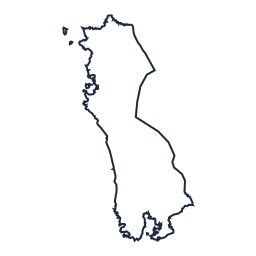 Zambales, Zambales, Philippines
{"feature_id": "2640588B17055181338626", "entity_name": "Zambales", "entity_type": "district", "adm_level": 2, "iso_a3": "PHL", "parent_name": "Philippines", "parent_adm1": "Zambales", "projection": "mercator", "projection_center": [120.051, 15.306], "detail": "fine", "context": "isolated", "style": "outline", "palette": "slate", "viewbox_px": 256, "rotation_deg": 0, "n_neighbors": 0, "source": "geoboundaries", "source_scale": "gbopen_adm2", "svg_char_len": 5736}
<svg xmlns="http://www.w3.org/2000/svg" viewBox="0 0 256 256"><path d="M192.4,204.4L192.6,203.0L189.8,196.6L187.6,196.3L187.1,195.5L187.7,194.9L185.3,193.6L185.4,192.7L184.5,191.9L185.0,180.6L182.0,174.1L174.0,167.4L172.3,162.1L174.5,155.7L168.5,142.2L158.2,131.4L135.8,117.1L137.2,101.9L140.4,86.5L146.9,74.6L154.7,70.3L144.8,52.5L143.3,50.9L139.8,44.9L138.2,42.9L134.7,36.2L133.6,32.4L133.0,26.9L132.4,25.4L131.0,24.7L128.4,24.9L127.6,24.3L126.5,24.9L125.8,24.3L124.3,25.5L123.7,25.2L123.6,24.2L121.4,24.2L121.6,23.5L120.7,23.0L119.0,23.0L118.8,23.6L118.1,21.9L117.1,21.7L116.9,22.4L116.3,21.6L115.8,21.5L115.8,20.3L114.8,20.5L113.9,19.2L113.1,19.7L113.5,18.4L111.9,17.2L111.8,15.7L111.2,15.4L108.3,15.6L107.6,16.1L107.4,18.3L105.6,19.6L105.4,20.8L106.7,21.2L107.0,21.9L105.1,22.0L105.1,22.9L104.2,23.1L104.9,24.6L104.8,25.4L103.8,26.3L102.2,26.4L100.7,28.6L99.0,29.1L97.3,28.3L96.2,28.9L95.3,28.0L94.4,28.9L93.2,29.2L92.2,27.6L90.2,28.7L90.1,27.2L89.7,26.9L88.2,28.4L87.1,28.2L85.7,28.7L82.4,27.8L83.6,29.6L85.1,35.8L86.1,36.2L86.4,38.0L87.2,38.2L86.8,38.5L86.7,39.5L85.8,40.3L86.0,40.8L85.4,40.1L84.4,40.5L84.1,39.9L83.2,40.0L81.4,41.2L79.7,41.6L79.2,43.3L80.1,44.9L81.4,45.3L82.8,46.5L83.9,48.5L83.4,47.1L83.6,47.0L84.5,48.7L83.9,48.7L85.1,49.8L85.8,49.8L86.8,48.8L88.3,48.7L91.5,51.4L91.9,52.5L91.5,52.4L91.8,53.8L91.1,55.1L91.2,56.7L90.8,57.5L89.9,57.8L89.4,59.0L89.9,60.8L89.7,62.0L87.6,65.3L85.7,65.5L87.1,67.9L87.3,70.1L88.8,70.1L88.3,70.6L87.6,70.5L88.6,74.0L87.9,76.2L88.2,77.0L89.1,77.2L88.3,77.8L89.6,77.3L90.7,78.7L89.6,77.3L90.0,76.4L90.5,76.7L90.0,76.3L90.2,75.6L93.3,74.9L94.8,75.5L94.7,77.4L93.7,78.1L92.7,78.1L92.2,78.8L93.6,79.4L93.5,79.9L92.8,80.4L92.8,80.5L93.8,80.3L94.4,81.3L94.8,80.8L94.9,81.5L94.0,82.0L93.7,83.2L94.1,82.8L94.8,83.3L95.4,84.7L96.4,85.5L98.0,85.6L97.8,86.7L96.6,86.4L96.7,86.9L98.0,87.6L98.2,88.4L97.8,88.7L97.3,88.0L96.4,88.1L96.8,88.9L95.9,88.7L95.7,89.3L94.0,90.2L93.8,90.9L94.5,91.5L94.1,92.8L94.4,92.8L93.2,94.1L90.4,94.6L88.9,94.5L86.4,92.6L86.3,91.1L85.6,91.3L85.9,92.5L85.0,94.1L85.5,95.6L86.7,98.3L87.8,98.6L88.0,99.5L88.6,99.9L88.1,99.8L87.7,100.9L85.7,102.0L84.5,101.4L84.4,102.7L83.7,102.7L83.2,103.4L83.6,104.3L84.4,104.4L84.9,105.3L86.1,105.0L85.8,105.4L86.8,106.4L85.5,108.1L85.9,109.1L88.4,109.9L88.9,111.0L92.2,113.5L93.9,115.8L94.7,116.1L95.1,118.3L96.6,118.8L97.5,119.7L98.0,120.8L97.3,122.4L97.4,124.0L101.9,129.0L107.2,136.1L107.2,136.9L106.6,137.7L107.0,137.8L107.0,139.3L106.3,142.5L109.9,151.3L113.7,167.2L113.7,169.0L113.2,169.2L114.0,169.4L115.5,176.0L115.4,178.4L114.4,181.5L116.3,184.6L116.6,187.7L116.5,191.5L114.9,201.2L116.1,205.0L115.9,205.7L115.3,205.8L115.5,209.1L114.8,209.6L114.2,209.4L114.8,210.3L114.4,211.2L115.1,211.6L115.3,212.7L116.7,212.2L117.7,212.9L117.1,214.2L116.5,214.4L116.6,215.2L117.3,215.1L118.5,216.1L117.6,217.8L118.2,217.9L119.3,217.1L120.2,217.8L120.0,220.1L119.3,221.3L120.0,222.9L119.2,224.9L119.5,225.5L122.2,223.9L124.6,224.1L125.1,224.9L123.8,226.9L122.0,227.4L120.7,228.4L121.0,229.7L120.2,230.3L120.3,231.3L121.1,231.7L121.4,232.3L121.9,231.9L122.6,232.1L123.5,231.8L124.3,231.9L124.5,232.4L126.1,231.4L127.3,231.7L128.3,232.9L129.2,233.2L129.8,234.5L129.4,235.6L128.7,235.4L127.5,236.0L126.9,235.7L126.9,236.6L127.9,236.5L129.1,237.7L130.7,237.9L132.6,237.0L134.0,238.9L134.6,240.6L136.6,238.7L138.2,240.1L138.5,239.4L139.3,239.1L139.4,238.5L140.4,238.2L141.1,237.0L141.0,236.2L142.5,233.3L142.4,231.8L143.0,228.9L144.0,227.6L144.0,226.9L145.4,226.6L144.9,224.5L144.0,224.5L144.9,224.2L145.3,223.0L144.9,222.9L144.8,222.3L144.8,219.1L143.1,216.4L143.8,215.0L143.6,214.0L145.4,213.2L145.9,213.5L146.8,213.0L146.8,213.6L146.9,213.0L147.5,213.5L148.0,212.8L148.0,213.3L149.0,213.6L149.2,216.0L150.8,216.7L150.4,217.7L150.9,218.6L153.1,219.0L153.3,218.4L154.1,218.4L155.3,219.0L155.1,220.3L155.6,221.2L155.1,222.2L155.4,223.8L155.9,223.2L155.7,224.1L159.3,225.9L159.5,225.3L159.0,225.3L159.0,224.7L159.2,224.8L159.6,224.7L159.0,224.4L159.8,224.4L158.8,224.3L159.0,223.9L159.3,223.8L159.3,224.1L159.4,223.8L159.5,224.1L159.5,223.7L159.6,224.1L159.5,223.7L160.0,223.7L160.3,225.1L160.7,224.7L160.6,225.1L161.2,225.0L160.9,226.2L160.5,226.2L160.9,226.6L160.6,227.8L161.1,228.0L160.5,227.9L160.7,228.3L159.3,229.7L158.6,228.3L156.0,228.8L154.5,227.4L154.0,228.1L154.9,228.8L154.9,229.3L153.4,230.0L153.6,230.7L156.0,231.6L157.4,231.7L158.0,232.4L156.9,233.4L155.0,233.2L155.4,233.7L155.1,234.1L154.0,234.0L153.6,233.5L153.2,234.4L154.4,235.0L153.6,235.4L152.2,235.2L150.4,236.0L151.9,237.4L151.3,238.2L151.8,238.6L152.7,238.4L154.8,239.6L157.3,239.4L157.4,240.5L157.8,240.5L159.8,238.6L158.4,238.5L157.9,237.7L158.3,237.3L159.4,237.3L161.0,238.4L162.7,238.1L165.5,236.9L167.6,234.7L173.2,232.8L173.5,230.2L172.4,228.9L171.9,228.9L172.2,228.4L171.6,227.0L170.4,227.5L169.5,227.4L169.5,225.8L169.1,225.9L168.9,225.1L170.2,225.0L169.9,224.3L170.4,224.0L170.3,223.3L169.8,223.0L169.7,221.6L169.1,221.1L168.9,220.0L168.5,219.9L169.1,218.6L169.9,218.2L169.1,217.6L169.5,217.0L173.7,214.6L178.5,213.5L180.7,211.7L182.0,211.4L182.2,208.6L183.0,208.5L185.1,205.7L187.1,206.2L189.1,204.6L190.8,205.1L191.3,204.8L192.8,205.1L192.4,204.4ZM63.7,27.7L63.2,28.8L63.8,31.2L63.8,33.2L64.9,34.5L66.1,33.4L66.3,29.5L66.9,29.2L63.7,27.7ZM89.7,83.8L87.2,84.5L86.0,84.1L85.7,85.8L86.5,88.1L87.9,88.0L89.0,87.4L89.2,87.0L88.8,85.9L91.0,84.8L89.7,83.8ZM71.1,41.6L69.9,42.3L69.9,44.2L71.6,43.3L72.3,42.0L71.1,41.6ZM123.8,234.6L123.3,235.8L124.0,236.8L126.1,235.5L123.8,234.6ZM84.8,90.4L83.7,90.1L83.3,90.6L83.5,91.5L85.0,90.9L84.8,90.4ZM147.0,233.2L147.1,234.6L148.2,234.4L148.1,233.5L147.0,233.2ZM148.7,217.3L148.3,217.7L148.4,218.2L148.9,218.3L148.7,217.3ZM126.9,236.0L126.1,235.7L126.0,236.0L126.9,236.0Z" fill="none" stroke="#1e293b" stroke-width="2"/></svg>